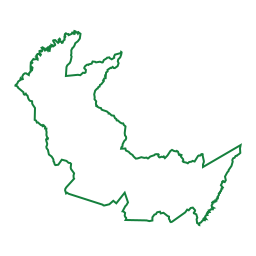 Nossa Senhora do Livramento, Mato Grosso, Brazil, rotated 180°
{"feature_id": "56859067B77677345991641", "entity_name": "Nossa Senhora do Livramento", "entity_type": "district", "adm_level": 2, "iso_a3": "BRA", "parent_name": "Brazil", "parent_adm1": "Mato Grosso", "projection": "natural_earth1", "projection_center": [-56.488, -15.933], "detail": "fine", "context": "isolated", "style": "outline", "palette": "green", "viewbox_px": 256, "rotation_deg": 180, "n_neighbors": 0, "source": "geoboundaries", "source_scale": "gbopen_adm2", "svg_char_len": 5835}
<svg xmlns="http://www.w3.org/2000/svg" viewBox="0 0 256 256"><g transform="rotate(180 128 128)"><path d="M225.1,185.9L226.2,183.4L226.9,182.9L227.2,181.0L230.0,182.7L231.3,182.6L232.7,181.5L233.8,179.3L233.2,176.9L234.5,176.5L235.4,177.6L235.9,175.8L237.8,174.5L238.8,172.3L240.5,170.9L240.6,170.3L238.9,169.8L238.2,169.2L238.2,168.5L232.6,163.8L232.3,162.0L231.9,161.5L231.3,161.3L230.2,162.3L229.6,161.2L228.5,160.4L227.7,157.5L226.9,156.1L226.2,155.3L223.9,154.7L223.8,152.5L223.4,151.5L221.0,148.0L221.3,136.1L219.9,135.4L219.1,133.4L218.1,133.6L215.2,131.0L214.0,130.8L213.6,130.1L212.9,131.0L212.2,130.6L212.2,129.9L211.7,129.9L210.8,129.1L211.0,127.5L209.6,127.4L209.8,125.3L209.4,124.0L209.6,121.0L208.9,118.7L208.0,117.8L208.3,117.0L208.9,117.4L209.6,117.0L209.9,116.5L209.7,115.1L208.8,112.4L208.9,111.1L209.7,109.2L209.3,107.6L208.1,106.2L207.1,101.5L204.4,99.5L203.0,97.3L202.6,96.4L202.5,94.5L201.9,93.9L201.5,92.1L201.0,91.2L200.4,90.9L197.7,91.3L194.2,96.3L189.5,95.1L187.5,93.2L185.8,93.0L184.9,92.1L185.3,88.5L185.0,87.0L181.9,82.7L182.5,80.3L182.3,78.0L181.9,77.3L189.7,68.7L190.7,67.1L190.9,65.7L189.9,62.6L189.0,63.3L187.3,62.2L153.3,51.3L152.6,50.6L151.7,50.5L146.7,51.7L142.7,55.2L139.7,52.7L131.3,63.3L128.0,53.6L129.7,50.7L130.7,49.8L133.4,44.7L132.6,44.6L130.9,43.1L131.3,40.3L130.6,38.8L129.9,38.3L129.8,37.2L130.4,36.0L109.5,35.6L106.7,34.9L103.6,35.5L103.6,38.7L101.6,41.4L100.0,41.9L99.1,43.5L98.6,43.8L96.0,44.3L95.3,42.6L92.5,43.2L88.4,40.0L87.0,39.4L87.1,37.2L86.3,36.0L85.9,34.5L85.1,33.9L83.9,34.3L70.8,43.6L68.8,46.4L67.3,45.7L65.3,48.0L63.2,48.4L60.9,45.7L61.1,44.7L62.2,43.3L62.1,42.7L59.7,41.7L58.7,38.2L59.4,36.8L58.9,33.0L57.7,32.4L57.2,31.2L56.7,31.0L56.7,32.8L55.0,33.6L53.2,35.8L52.3,35.8L52.4,36.6L51.4,36.2L51.7,37.3L49.9,37.0L51.1,38.5L50.6,39.0L50.8,39.6L49.7,40.9L48.7,41.0L49.3,42.0L49.1,42.7L48.2,42.6L47.8,43.1L48.0,44.0L46.4,44.0L47.2,45.6L45.8,46.0L45.3,46.6L43.3,46.7L43.7,47.7L42.3,48.1L44.1,49.1L44.4,50.6L43.4,52.2L43.9,53.4L42.9,54.2L42.4,53.9L42.3,54.5L41.1,54.2L40.4,54.5L40.7,55.5L39.5,55.5L39.6,56.7L38.6,57.2L38.8,57.7L38.1,57.9L38.0,58.6L38.4,59.2L37.0,61.1L37.3,62.3L36.8,63.0L36.0,63.1L36.0,64.1L35.1,64.7L35.2,65.4L34.6,66.0L34.7,66.8L33.8,67.3L34.1,67.9L33.2,68.5L35.1,70.8L33.8,73.3L33.9,74.2L33.0,75.0L32.4,74.7L31.9,74.0L31.3,73.9L30.2,75.8L31.0,79.4L28.8,83.5L27.4,85.1L27.4,85.9L24.5,90.1L23.3,94.3L23.7,95.9L23.2,97.1L22.7,97.8L21.5,98.2L20.4,100.0L19.1,100.2L18.9,100.7L17.1,101.8L15.7,103.1L16.0,107.6L15.4,110.9L53.0,89.0L53.0,91.5L52.1,94.1L52.2,95.2L53.4,100.7L53.3,101.7L53.9,102.0L54.7,101.8L55.0,101.1L56.1,100.3L57.0,100.6L58.0,100.0L61.4,94.5L63.4,95.1L64.6,94.3L66.8,94.0L68.2,92.7L69.7,93.4L72.6,94.0L73.2,94.8L72.7,95.2L72.9,96.8L75.1,99.4L74.5,101.0L75.9,101.5L76.3,100.9L77.0,101.1L78.0,104.3L79.2,105.1L79.7,104.6L82.0,105.0L84.0,106.1L85.6,105.0L88.6,100.4L91.1,97.9L92.2,99.5L92.8,98.9L94.3,99.3L96.3,98.6L96.9,98.8L97.7,100.0L97.3,101.4L98.0,101.9L98.7,101.6L99.8,101.9L101.3,101.4L101.7,100.8L105.7,99.5L107.8,97.6L108.4,97.6L109.4,98.4L111.7,98.1L114.7,98.8L118.3,97.6L120.2,97.4L122.6,99.7L123.4,101.0L125.8,102.5L127.3,104.2L130.1,105.5L130.6,107.5L134.9,107.3L134.6,108.7L133.5,109.9L133.4,111.7L132.4,113.8L131.5,115.4L130.3,116.3L129.8,117.9L130.0,119.3L131.0,120.6L131.3,122.9L130.5,129.6L132.2,131.1L132.8,132.6L134.1,132.6L135.7,133.4L138.2,135.6L139.3,135.6L139.7,137.0L141.0,137.8L142.1,140.3L144.4,140.6L146.7,142.7L147.4,142.5L147.5,143.2L149.2,144.6L153.8,146.1L154.4,146.4L155.0,147.9L156.9,148.3L159.6,149.9L159.2,150.5L159.9,150.9L160.1,152.5L159.8,154.7L161.5,156.8L161.3,158.7L161.8,161.7L160.8,165.4L159.0,167.3L158.3,167.5L157.6,169.0L156.4,169.4L156.0,171.1L154.7,171.8L152.2,174.9L152.2,175.8L152.7,175.9L152.2,176.8L151.6,177.7L150.4,177.8L150.3,179.2L151.0,179.8L150.8,180.7L150.2,180.6L149.9,183.5L148.4,184.6L148.5,186.1L145.4,188.2L144.7,188.0L143.3,189.1L142.3,188.0L141.2,187.9L138.4,189.9L137.4,192.8L138.2,194.6L137.8,196.6L135.8,198.6L134.8,201.4L134.4,203.7L134.9,204.1L135.1,203.3L136.0,202.7L141.0,201.4L141.9,199.7L141.8,198.2L144.3,196.7L146.2,197.8L146.7,198.6L148.9,198.3L149.3,197.7L152.2,195.9L153.2,193.7L153.9,193.5L156.1,194.3L160.0,193.6L160.8,194.2L163.4,194.5L164.4,192.3L167.1,191.7L167.5,191.1L168.3,191.4L169.2,191.2L171.0,189.7L171.7,188.4L171.7,187.7L170.1,186.1L170.4,183.6L171.3,183.0L173.0,183.3L175.7,180.8L178.1,181.2L190.1,180.0L189.5,189.0L188.7,190.7L186.2,193.0L185.4,194.8L184.7,197.9L184.4,199.5L185.0,200.8L184.6,202.4L184.7,205.7L183.6,208.0L182.8,208.5L181.6,210.3L180.7,212.8L178.2,214.7L176.2,217.4L175.5,222.2L177.4,223.6L178.1,222.3L178.5,222.9L178.3,223.8L179.7,223.5L180.4,224.6L181.6,225.0L181.8,224.3L181.4,222.2L181.9,222.0L183.2,223.4L183.8,223.4L184.2,222.2L187.2,220.9L187.6,221.9L188.5,221.7L190.1,222.7L191.0,222.0L191.2,221.4L190.9,220.8L191.5,219.8L190.7,219.2L191.0,218.5L191.6,218.1L191.4,216.3L192.6,215.4L193.4,213.3L194.1,213.1L194.7,214.3L195.9,214.3L196.4,214.8L195.9,216.7L196.4,217.3L197.4,216.3L196.8,214.2L197.9,213.1L200.8,215.9L202.6,215.7L202.9,215.2L200.9,211.7L200.9,210.9L202.5,209.8L203.1,210.7L204.4,211.1L203.9,209.6L204.6,209.4L205.1,210.1L205.9,210.1L206.4,209.6L205.7,209.1L206.4,205.1L206.9,205.2L206.9,208.3L207.3,208.7L208.1,208.7L208.5,208.1L208.6,206.3L209.4,207.6L209.9,207.4L210.0,206.3L210.3,205.7L211.3,205.5L212.1,207.9L213.5,208.7L214.4,208.2L213.5,207.1L214.0,204.8L214.5,204.5L215.4,205.3L216.5,205.0L216.5,203.4L215.1,201.4L215.6,200.6L217.1,202.0L218.5,202.0L219.7,200.4L219.7,199.8L219.1,199.9L219.1,199.2L219.8,198.9L218.6,198.0L218.3,197.3L218.4,196.4L219.5,197.0L221.8,196.6L222.6,197.0L224.7,194.2L223.7,193.2L224.1,192.8L225.2,193.0L225.4,190.0L223.5,188.4L224.0,185.7L224.8,185.2L225.1,185.9ZM225.1,185.9L224.6,187.8L225.4,188.1L225.4,186.5L225.1,185.9Z" fill="none" stroke="#15803d" stroke-width="2"/></g></svg>